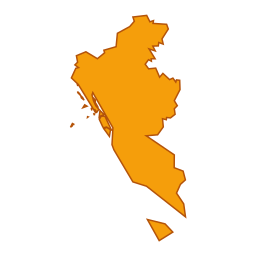 outline of Lakshmipur, Chittagong, Bangladesh
{"feature_id": "16705992B31973889793084", "entity_name": "Lakshmipur", "entity_type": "district", "adm_level": 2, "iso_a3": "BGD", "parent_name": "Bangladesh", "parent_adm1": "Chittagong", "projection": "albers", "projection_center": [90.887, 22.836], "detail": "medium", "context": "isolated", "style": "filled", "palette": "amber", "viewbox_px": 256, "rotation_deg": 0, "n_neighbors": 0, "source": "geoboundaries", "source_scale": "gbopen_adm2", "svg_char_len": 1812}
<svg xmlns="http://www.w3.org/2000/svg" viewBox="0 0 256 256"><path d="M71.4,77.9L78.3,84.5L95.9,113.2L94.4,109.0L96.8,112.2L98.9,109.3L95.8,105.8L93.5,100.8L92.0,94.9L92.8,92.6L112.9,127.7L112.0,144.7L113.9,149.8L132.9,181.9L146.5,186.2L185.5,216.9L183.7,203.9L176.5,193.1L180.4,184.4L185.4,179.9L183.1,171.1L174.2,167.7L174.3,154.9L146.2,135.8L157.6,134.8L163.3,126.9L162.5,118.7L166.3,119.7L166.6,117.5L170.5,117.9L175.1,114.3L174.3,108.8L177.3,105.7L174.3,100.7L180.0,89.6L179.7,80.3L176.5,79.9L175.8,82.1L172.9,78.1L169.6,79.6L162.9,73.4L159.6,77.2L155.7,68.1L148.6,68.8L145.2,64.2L148.5,59.7L151.4,61.2L151.2,58.8L155.1,58.8L149.0,48.9L155.2,50.9L152.8,46.1L158.3,45.9L158.8,42.5L163.2,44.1L162.0,38.9L168.3,29.0L166.6,24.3L153.0,23.4L153.5,20.6L149.9,21.8L146.7,15.4L132.9,17.0L134.3,21.3L129.7,26.6L117.4,33.3L116.1,46.7L103.9,50.2L104.6,52.8L97.4,58.7L85.9,51.8L76.4,55.7L77.6,62.2L74.9,64.9L78.5,67.6L75.8,68.3L71.4,77.9ZM159.2,240.6L172.8,232.1L165.1,223.9L147.4,219.5L159.2,240.6ZM104.9,116.2L101.2,116.2L99.3,119.4L102.5,126.3L103.4,127.9L106.5,127.0L111.4,129.9L104.9,116.2ZM109.4,136.4L110.5,129.7L106.7,127.4L103.8,128.7L109.4,136.4ZM100.9,115.8L104.0,114.6L100.0,110.5L99.0,118.5L100.9,115.8ZM84.7,104.8L82.9,107.7L87.0,106.2L84.7,104.8ZM70.5,127.2L72.1,126.1L72.8,124.5L74.3,124.5L72.4,123.5L70.5,127.2ZM83.9,99.9L82.6,97.5L80.7,95.6L81.4,97.9L83.9,99.9ZM95.3,102.5L95.3,100.1L94.2,98.8L94.1,101.3L95.3,102.5ZM98.3,107.7L95.9,103.5L95.1,103.1L96.4,106.2L98.3,107.7ZM80.7,95.6L79.5,93.5L77.5,91.6L77.9,92.8L80.7,95.6ZM94.5,115.2L94.5,114.0L93.5,113.3L94.5,115.2ZM91.8,110.5L91.5,108.2L91.2,107.8L91.8,110.5ZM77.8,86.0L77.9,84.7L77.3,84.4L77.8,86.0ZM87.5,117.4L88.2,116.9L87.6,116.7L87.5,117.4ZM83.9,99.9L84.2,100.0L84.1,99.9L83.9,99.9Z" fill="#f59e0b" stroke="#b45309" stroke-width="1.5"/></svg>